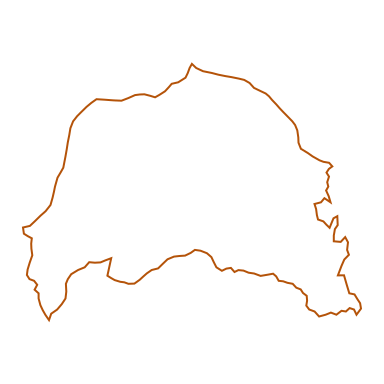 Aparecida de Goiânia, Goiás, Brazil (Robinson projection)
{"feature_id": "56859067B28285807944734", "entity_name": "Aparecida de Goiânia", "entity_type": "district", "adm_level": 2, "iso_a3": "BRA", "parent_name": "Brazil", "parent_adm1": "Goiás", "projection": "robinson", "projection_center": [-49.254, -16.809], "detail": "fine", "context": "isolated", "style": "outline", "palette": "amber", "viewbox_px": 384, "rotation_deg": 0, "n_neighbors": 0, "source": "geoboundaries", "source_scale": "gbopen_adm2", "svg_char_len": 2489}
<svg xmlns="http://www.w3.org/2000/svg" viewBox="0 0 384 384"><path d="M329.1,162.8L323.4,161.8L319.5,160.3L312.6,156.4L307.8,153.0L300.9,148.8L298.5,142.7L298.3,137.4L297.3,130.4L295.1,125.0L292.3,121.3L288.3,117.2L283.1,111.9L279.7,108.3L276.2,104.3L272.0,99.9L269.0,96.3L265.7,93.5L260.2,90.9L254.0,87.9L249.6,83.0L244.2,79.9L238.8,78.6L231.4,77.1L225.4,76.1L218.4,74.7L211.9,73.0L203.0,71.2L196.2,68.0L191.9,63.9L189.6,68.0L187.7,73.2L185.5,77.7L178.2,82.3L171.7,83.8L168.8,87.2L165.0,91.3L159.2,95.0L155.1,97.3L150.2,95.8L144.4,94.3L139.7,94.5L135.0,95.1L128.5,98.0L121.5,100.7L114.2,100.4L109.9,100.1L104.6,99.7L96.5,99.2L91.3,102.9L86.6,106.8L81.1,112.2L77.2,116.1L73.1,121.3L70.4,128.2L69.3,134.9L67.8,142.4L66.7,149.5L65.4,156.9L64.4,162.0L63.3,167.7L60.7,172.3L57.5,177.7L55.0,186.6L53.9,192.0L52.6,197.6L50.5,205.0L45.6,211.2L40.6,215.6L34.9,221.2L29.9,225.9L23.0,227.5L23.9,233.7L27.7,236.1L31.8,238.3L31.2,243.6L31.4,248.7L32.3,255.3L29.7,262.7L27.6,269.6L26.9,275.0L29.5,279.1L34.1,280.8L37.2,284.8L34.6,289.7L38.6,293.3L38.6,298.5L40.4,305.2L42.7,310.1L45.3,314.7L49.0,320.1L51.2,313.7L57.1,309.6L61.8,304.1L65.5,298.5L66.3,291.6L65.9,283.8L67.8,279.2L71.2,274.2L78.1,270.0L84.7,267.3L89.2,262.2L94.8,262.7L100.5,262.4L105.3,260.4L111.2,258.2L107.4,275.7L111.2,278.1L114.7,280.1L120.3,281.8L124.3,282.3L128.4,283.8L134.4,283.6L139.7,279.8L143.4,276.4L146.8,273.4L151.7,270.0L158.1,268.4L162.4,264.2L167.5,259.3L174.0,256.6L179.3,256.0L185.1,255.6L190.7,252.9L194.9,249.9L200.5,250.7L206.9,253.2L211.4,257.1L213.8,262.2L216.4,267.3L221.9,270.8L226.4,268.6L230.9,267.9L234.5,272.0L238.4,270.1L243.5,270.6L248.6,272.7L254.1,273.5L260.6,275.9L267.7,274.7L273.1,273.7L276.2,276.4L278.7,280.8L283.2,281.3L287.4,282.8L292.7,283.8L296.3,287.7L300.7,289.4L303.0,293.0L306.7,295.8L307.1,300.7L306.3,305.6L309.2,309.5L314.6,311.5L319.1,316.5L325.7,314.7L330.9,312.6L336.4,314.7L341.5,310.8L345.9,311.5L349.6,308.1L354.0,309.5L356.5,314.7L361.0,308.6L360.1,303.2L357.5,299.3L354.5,294.4L349.3,293.3L346.6,284.3L344.0,275.3L337.9,275.4L341.5,265.9L344.3,259.5L348.9,254.8L347.1,249.9L348.0,242.3L345.2,237.1L340.7,241.9L333.8,241.3L333.8,235.5L334.9,229.1L337.7,225.1L337.3,216.2L333.5,218.3L331.5,223.1L329.6,227.8L326.4,224.7L323.4,221.4L318.0,219.5L316.9,215.1L316.1,209.0L314.5,204.0L321.0,202.3L324.4,198.2L330.5,202.3L328.7,196.2L326.1,190.5L328.3,186.6L327.2,182.2L329.0,176.6L326.5,172.6L328.9,168.9L332.3,166.4L329.1,162.8Z" fill="none" stroke="#b45309" stroke-width="2"/></svg>